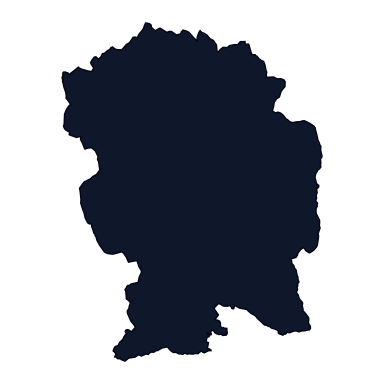 Dien Bien Dong, Điện Biên, Vietnam (Natural Earth projection)
{"feature_id": "81297802B35707987060986", "entity_name": "Dien Bien Dong", "entity_type": "district", "adm_level": 2, "iso_a3": "VNM", "parent_name": "Vietnam", "parent_adm1": "Điện Biên", "projection": "natural_earth1", "projection_center": [103.27, 21.233], "detail": "fine", "context": "isolated", "style": "filled", "palette": "ink", "viewbox_px": 384, "rotation_deg": 0, "n_neighbors": 0, "source": "geoboundaries", "source_scale": "gbopen_adm2", "svg_char_len": 5911}
<svg xmlns="http://www.w3.org/2000/svg" viewBox="0 0 384 384"><path d="M78.4,67.2L71.2,73.0L70.5,73.3L70.3,74.0L70.0,74.3L69.2,74.1L67.6,72.8L66.6,72.8L65.3,72.0L63.4,72.2L62.9,73.0L62.9,75.5L62.1,77.6L62.7,79.9L62.6,81.8L63.2,83.3L63.8,86.6L65.7,92.2L66.3,95.7L66.1,98.2L68.3,100.8L70.4,104.0L70.3,104.6L68.9,105.9L66.4,109.6L64.6,114.2L64.2,123.9L63.6,126.3L64.3,128.1L65.4,129.7L69.3,132.0L69.6,132.5L69.2,134.6L69.4,134.8L76.4,137.4L80.1,136.5L80.7,136.6L80.9,137.0L80.6,138.1L80.7,139.7L82.4,143.0L84.7,148.8L85.2,149.0L87.6,148.1L91.1,147.7L92.3,148.2L95.4,150.9L98.3,157.1L97.7,158.2L97.6,159.7L98.9,161.8L98.7,162.2L99.8,169.6L99.4,170.6L96.5,174.5L92.7,176.6L90.6,178.8L84.5,181.8L82.8,183.7L79.6,188.3L80.2,191.7L81.0,199.4L80.8,203.2L82.9,209.8L84.1,212.9L85.3,218.0L87.3,222.1L88.1,223.1L89.0,223.7L91.6,224.1L91.8,226.8L93.1,230.1L93.8,232.9L95.3,234.8L95.2,235.7L96.1,236.8L97.0,240.3L99.7,245.2L104.4,251.9L107.2,253.4L112.1,254.1L114.0,253.9L121.3,251.9L122.1,252.0L123.7,253.3L126.1,256.8L128.5,262.1L135.7,260.7L137.3,261.0L138.7,266.1L141.2,270.4L141.5,271.2L141.2,273.1L140.1,275.2L139.1,277.7L138.2,282.4L130.9,284.1L129.5,285.5L127.7,285.5L126.8,286.5L126.3,288.0L125.1,289.4L125.9,291.8L126.4,298.8L128.9,300.8L130.1,302.3L130.4,303.1L129.3,306.2L128.9,308.6L127.3,311.0L127.5,313.3L130.9,321.1L134.6,325.5L134.9,326.5L135.1,328.0L133.3,329.5L132.1,331.5L130.5,331.2L128.5,329.9L127.6,329.7L126.1,330.0L125.6,330.6L125.3,331.8L126.2,333.1L126.2,333.7L124.0,336.8L122.8,339.4L119.9,342.2L117.9,345.7L115.2,346.6L113.9,348.8L113.2,351.0L114.9,352.4L115.7,353.8L115.7,354.8L114.9,356.4L114.9,357.0L116.4,357.0L117.0,358.2L117.8,358.6L119.3,358.8L120.2,358.1L121.1,359.6L122.8,360.1L124.2,360.9L125.2,361.0L128.7,358.0L134.5,357.2L135.7,356.7L138.6,354.7L141.5,356.0L145.9,354.0L148.4,354.4L149.0,353.4L151.0,352.1L154.0,352.1L155.9,350.7L157.7,350.5L162.2,347.9L167.2,346.9L167.9,347.3L170.0,350.0L172.4,351.9L173.7,352.5L175.9,352.3L179.0,353.9L180.5,353.8L182.3,354.4L183.2,354.2L184.5,353.1L187.6,354.2L189.1,353.6L191.0,354.0L193.7,354.0L194.8,353.5L198.2,353.6L199.5,352.2L201.1,351.3L201.7,351.3L203.1,352.4L204.2,352.8L208.1,350.9L209.1,350.6L211.0,350.6L210.7,349.8L210.0,349.3L207.7,348.5L207.5,347.7L208.4,342.7L206.5,341.9L206.1,341.3L206.9,337.7L207.5,337.1L209.0,336.6L209.3,336.0L208.6,334.9L207.2,334.0L207.2,333.4L207.5,333.0L208.2,333.0L209.5,334.1L210.8,334.9L211.3,334.0L210.7,332.8L210.8,331.9L211.5,330.5L212.2,330.4L213.6,330.8L214.9,332.7L216.4,333.7L219.0,334.5L221.1,334.1L222.7,335.4L226.2,335.1L227.1,333.8L227.2,332.1L226.8,330.9L226.9,328.9L226.7,328.4L224.8,328.3L223.2,327.6L221.9,327.6L221.0,327.0L220.4,326.3L220.4,323.1L219.6,321.2L218.1,320.4L214.9,319.6L218.4,314.9L214.8,309.7L213.9,307.7L215.1,307.0L217.4,304.6L217.8,303.8L218.3,303.7L220.2,304.0L223.2,305.9L224.1,306.1L227.6,306.1L229.7,305.5L231.2,306.7L231.9,308.4L233.2,308.8L233.6,308.7L233.8,308.2L234.6,305.8L235.1,305.6L239.7,308.1L247.1,309.5L248.2,310.9L251.3,313.6L254.4,315.1L255.8,316.2L257.1,318.0L264.4,324.9L266.4,325.2L268.5,326.4L269.8,326.6L271.7,328.1L274.9,329.0L277.5,330.2L278.2,331.0L278.4,333.0L279.1,333.7L282.8,335.1L283.6,334.7L283.9,333.9L285.5,334.1L287.2,332.2L289.4,332.8L293.5,331.2L295.2,330.9L296.8,331.0L298.8,331.8L301.5,330.9L305.3,330.7L306.9,330.1L309.3,329.9L310.1,329.0L310.4,328.3L310.3,326.1L308.8,324.0L308.4,322.0L308.8,319.3L308.5,317.5L304.4,312.1L302.8,311.2L303.1,309.6L302.2,306.0L302.6,303.4L302.3,302.3L299.4,299.1L297.8,294.3L296.4,292.9L296.4,292.5L297.5,289.4L297.1,287.5L297.8,285.2L297.5,283.8L298.7,282.4L298.8,281.8L297.9,279.0L297.8,276.6L297.0,275.2L296.1,270.1L294.5,268.1L293.7,265.5L291.9,263.6L291.6,260.9L291.0,259.7L291.2,258.8L295.9,257.4L297.4,255.2L297.7,253.8L298.6,252.0L300.8,249.4L302.7,248.0L303.5,247.9L304.6,248.4L305.4,250.1L306.2,250.9L309.0,252.7L310.0,252.7L313.8,250.1L316.3,247.1L316.9,246.1L317.3,244.9L318.4,237.7L318.5,235.9L318.1,233.7L320.0,228.0L319.9,227.3L319.3,226.0L319.6,221.9L319.4,219.9L316.4,214.1L316.0,212.9L316.0,208.7L317.2,206.2L317.0,204.7L317.5,203.7L317.4,203.0L316.2,201.6L315.8,200.6L316.1,199.4L316.6,198.3L316.1,195.6L317.1,192.7L316.6,188.8L318.4,187.4L318.8,185.8L318.5,185.2L316.6,183.8L314.9,177.2L315.7,173.7L318.3,169.5L319.4,169.0L320.8,166.9L320.5,165.2L320.8,162.3L320.4,159.3L321.9,157.1L321.9,155.5L320.7,150.8L320.6,148.7L320.9,146.5L319.8,144.9L319.1,142.4L317.9,140.1L316.8,134.9L315.3,129.3L315.2,128.0L314.2,126.4L309.7,123.3L304.4,120.8L302.5,120.9L300.0,121.7L296.5,121.9L292.7,122.6L290.7,122.1L289.5,121.5L287.4,119.6L286.0,118.9L282.8,114.8L280.4,113.0L277.9,112.2L276.1,112.8L275.1,112.8L272.3,110.8L273.6,106.5L274.1,102.4L276.6,98.8L279.4,96.8L281.0,91.5L283.0,88.8L284.9,86.7L285.1,81.8L284.1,80.1L281.1,78.8L276.9,78.8L273.6,77.0L266.9,77.4L266.6,77.0L266.2,74.6L266.7,72.2L265.9,70.2L265.0,65.4L263.9,62.1L262.9,61.0L261.6,60.9L260.1,59.4L259.2,59.0L256.7,56.0L255.5,55.8L255.2,54.8L253.5,54.8L251.6,54.2L248.8,44.6L248.4,44.1L246.7,44.3L245.6,44.1L244.9,42.7L245.0,41.6L240.3,41.7L237.6,44.8L234.3,44.7L229.6,45.6L227.3,47.6L223.0,47.4L220.5,49.4L218.1,52.1L217.0,51.4L216.4,45.0L213.5,40.6L210.0,38.8L206.8,35.0L204.0,33.2L202.0,32.7L200.1,30.7L198.9,32.5L197.2,37.3L197.3,41.1L193.1,37.2L190.4,33.9L188.6,32.2L186.7,31.2L183.0,30.1L181.8,31.6L181.2,32.0L181.2,32.8L180.3,34.0L176.4,35.0L171.4,31.5L169.1,31.5L167.3,32.3L166.6,32.3L160.4,28.3L159.3,28.4L155.7,30.6L155.1,30.6L152.2,28.2L151.4,27.1L151.2,25.2L149.5,23.7L145.7,23.0L144.6,25.3L143.2,29.2L138.9,34.4L137.6,37.3L136.7,37.7L135.4,37.1L133.1,37.4L129.5,42.7L126.5,44.4L122.3,49.3L121.3,49.8L120.0,49.9L116.1,49.5L114.3,48.5L112.6,47.0L110.8,47.8L109.6,49.7L107.9,50.4L104.5,53.3L102.5,53.7L100.6,57.5L98.6,58.8L97.8,58.7L96.0,56.9L95.2,56.9L94.3,57.2L92.4,59.5L90.8,62.2L91.0,63.7L93.8,68.2L91.5,71.7L87.2,70.8L81.6,69.2L79.4,68.2L78.4,67.2Z" fill="#0f172a" stroke="#020617" stroke-width="1.5"/></svg>